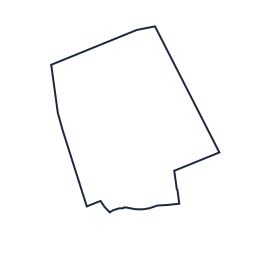 the district of Santa Inés Yatzeche, Oaxaca, Mexico, rotated 154°
{"feature_id": "50627088B94233573248712", "entity_name": "Santa Inés Yatzeche", "entity_type": "district", "adm_level": 2, "iso_a3": "MEX", "parent_name": "Mexico", "parent_adm1": "Oaxaca", "projection": "orthographic", "projection_center": [-96.757, 16.806], "detail": "fine", "context": "isolated", "style": "outline", "palette": "slate", "viewbox_px": 256, "rotation_deg": 154, "n_neighbors": 0, "source": "geoboundaries", "source_scale": "gbopen_adm2", "svg_char_len": 486}
<svg xmlns="http://www.w3.org/2000/svg" viewBox="0 0 256 256"><g transform="rotate(154 128 128)"><path d="M199.4,75.6L184.7,74.5L183.6,67.1L181.4,60.2L177.3,60.6L171.1,59.6L167.5,58.0L166.4,58.4L166.1,58.1L164.5,57.4L161.6,55.2L157.3,52.0L153.3,49.8L149.4,48.1L143.9,46.5L135.5,45.4L125.7,41.3L115.1,37.5L110.8,50.3L110.9,51.8L105.2,69.3L71.5,67.0L56.6,66.0L59.2,207.5L77.2,212.3L169.3,218.5L184.4,172.5L187.7,154.8L199.4,75.6Z" fill="none" stroke="#1e293b" stroke-width="2"/></g></svg>